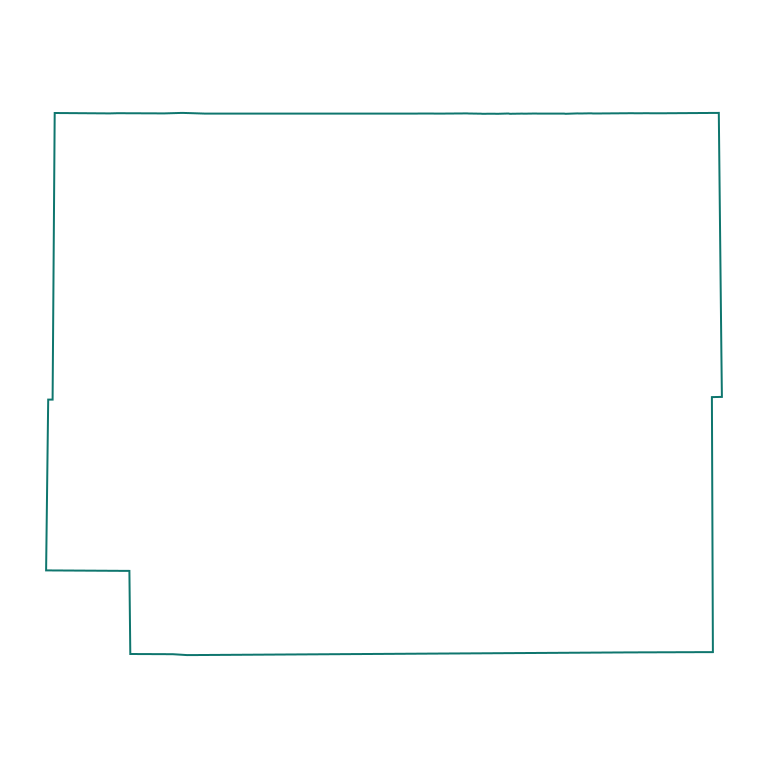 the district of Logan, Colorado, United States of America
{"feature_id": "52423323B37664223028428", "entity_name": "Logan", "entity_type": "district", "adm_level": 2, "iso_a3": "USA", "parent_name": "United States of America", "parent_adm1": "Colorado", "projection": "orthographic", "projection_center": [-103.051, 40.719], "detail": "fine", "context": "isolated", "style": "outline", "palette": "teal", "viewbox_px": 768, "rotation_deg": 0, "n_neighbors": 0, "source": "geoboundaries", "source_scale": "gbopen_adm2", "svg_char_len": 771}
<svg xmlns="http://www.w3.org/2000/svg" viewBox="0 0 768 768"><path d="M629.1,652.4L712.9,652.1L711.9,397.1L721.9,396.9L721.4,354.7L718.8,112.9L656.6,113.3L645.8,113.2L637.0,113.3L632.1,113.2L593.3,113.5L591.2,113.3L579.5,113.5L577.5,113.4L565.6,113.8L564.1,113.6L551.1,113.6L549.9,113.6L537.4,113.6L536.1,113.5L523.5,113.7L522.4,113.6L509.8,113.8L508.5,113.5L497.8,113.8L497.1,113.8L495.7,113.8L494.9,113.7L482.1,113.8L481.2,113.7L468.6,113.5L467.2,113.4L440.8,113.6L437.4,113.6L426.8,113.5L425.7,113.5L413.5,113.6L412.6,113.6L206.8,113.6L205.1,113.6L192.7,113.2L182.2,112.9L164.2,113.4L117.5,113.2L109.7,113.4L54.7,113.0L52.6,399.6L48.2,399.6L46.1,570.4L129.4,570.9L130.3,654.0L172.8,654.2L187.3,655.1L629.1,652.4Z" fill="none" stroke="#0f766e" stroke-width="2"/></svg>